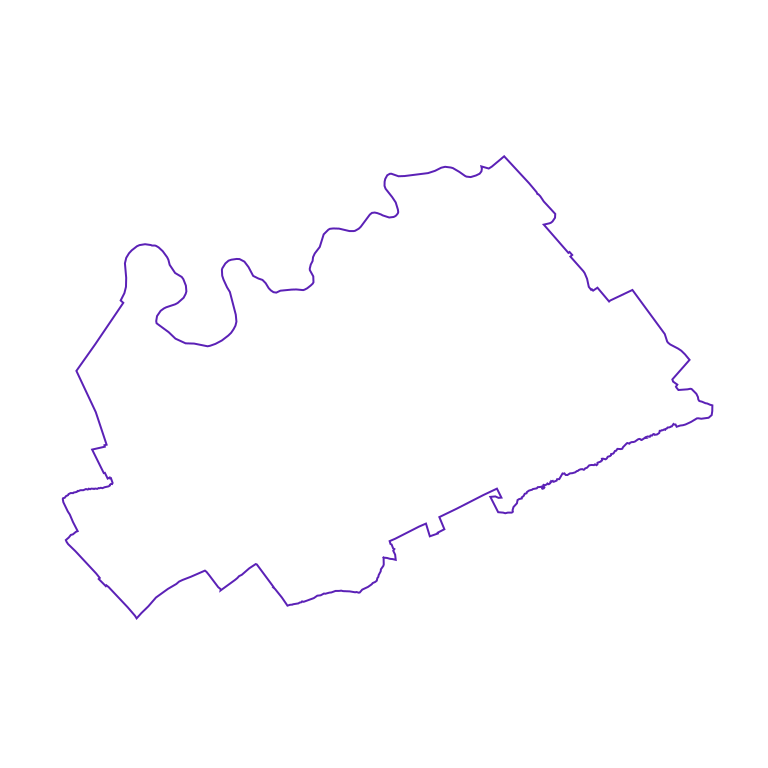 Stefanesti, Botosani, Romania, rotated 267°
{"feature_id": "2599482B72313554695447", "entity_name": "Stefanesti", "entity_type": "district", "adm_level": 2, "iso_a3": "ROU", "parent_name": "Romania", "parent_adm1": "Botosani", "projection": "orthographic", "projection_center": [27.182, 47.784], "detail": "fine", "context": "isolated", "style": "outline", "palette": "violet", "viewbox_px": 768, "rotation_deg": 267, "n_neighbors": 0, "source": "geoboundaries", "source_scale": "gbopen_adm2", "svg_char_len": 6114}
<svg xmlns="http://www.w3.org/2000/svg" viewBox="0 0 768 768"><g transform="rotate(267 384 384)"><path d="M596.2,492.6L593.8,493.0L591.2,492.4L589.0,490.5L587.4,486.7L586.1,481.4L586.8,477.2L587.5,475.9L591.9,470.3L596.0,464.1L596.7,462.0L597.7,456.4L597.0,452.5L594.2,446.1L592.3,439.0L590.6,415.4L590.7,409.4L593.6,402.3L593.6,400.8L592.3,398.2L588.8,396.0L586.0,395.2L581.8,394.9L578.9,395.8L570.3,401.9L564.7,405.2L557.5,407.0L554.9,407.2L553.6,406.7L551.6,404.9L550.8,403.6L550.3,402.3L550.0,397.9L552.5,391.4L553.4,390.0L555.0,386.3L555.7,383.7L555.5,380.9L553.9,378.7L542.2,369.0L540.4,366.9L538.5,363.1L538.3,361.7L538.5,357.6L541.5,347.3L542.0,341.5L541.8,338.1L541.0,336.5L536.6,331.6L524.2,327.0L518.0,321.7L514.4,319.8L510.5,319.1L507.1,317.1L503.1,315.9L501.6,315.9L495.2,319.0L489.3,318.9L488.0,318.1L486.2,316.0L483.6,312.3L482.4,309.7L482.0,308.2L483.0,301.4L483.1,296.8L482.6,285.4L480.9,281.2L481.5,278.4L483.4,275.9L485.7,273.9L490.9,271.1L494.3,268.1L495.9,264.1L498.8,259.0L507.9,254.8L513.5,251.0L516.3,246.3L516.6,243.4L516.1,238.0L515.3,235.2L512.7,231.9L508.0,228.6L506.6,228.1L500.6,228.1L496.6,229.2L488.8,232.3L484.0,234.9L461.0,239.6L454.0,239.9L450.0,238.7L446.5,236.6L443.1,234.0L440.5,231.0L435.9,224.3L432.9,217.8L431.3,212.4L430.9,209.8L434.3,196.5L435.0,188.0L440.2,178.1L447.0,171.7L456.5,160.1L458.7,159.8L463.7,160.9L468.8,164.8L471.0,168.2L472.0,170.5L474.5,179.6L475.7,182.2L480.6,188.4L484.3,190.6L486.8,191.5L492.6,191.3L499.2,189.1L501.5,187.6L505.8,181.2L514.2,176.2L519.3,175.2L521.9,174.1L528.2,170.0L532.2,166.1L533.8,163.7L534.3,162.4L534.4,159.6L535.0,158.4L536.1,152.7L535.5,147.1L534.5,144.5L530.7,139.1L527.9,136.2L523.5,133.2L518.1,131.6L503.5,132.1L494.5,131.4L488.3,129.5L481.2,125.4L478.7,127.9L438.8,97.7L413.2,77.5L371.0,94.7L337.9,103.8L337.5,101.6L336.0,101.9L333.8,89.1L309.7,99.5L309.9,100.6L304.0,103.1L305.0,105.2L304.0,105.6L304.2,106.4L299.4,107.8L298.3,107.2L298.5,106.2L297.7,105.0L297.0,105.0L296.2,103.6L295.5,99.5L294.7,97.3L295.2,95.8L294.8,94.6L295.0,93.5L294.3,92.3L294.7,90.0L294.3,88.9L294.6,88.4L294.8,86.1L294.3,85.0L294.9,83.7L294.1,82.7L294.7,80.9L293.7,78.2L293.8,75.2L293.0,73.0L293.2,72.4L292.3,71.5L291.8,68.3L291.3,67.8L291.5,65.4L290.5,63.2L289.5,62.6L288.7,60.6L287.1,59.2L286.7,57.5L286.0,57.2L282.7,57.6L273.2,61.6L270.1,63.4L262.4,66.2L253.1,70.4L252.5,68.6L250.1,65.4L249.7,63.4L247.2,61.2L244.8,58.1L242.9,58.8L240.6,60.2L233.4,66.9L209.9,86.6L205.2,90.0L204.2,88.9L196.7,95.6L197.5,96.2L195.7,98.3L174.5,116.3L165.6,123.2L162.9,124.7L168.0,129.8L174.3,137.0L182.7,145.1L190.7,157.5L195.2,166.2L197.4,169.0L198.9,172.7L201.6,181.0L207.0,195.4L205.7,196.9L202.1,199.5L189.8,207.8L188.0,209.8L187.2,210.2L186.4,210.0L196.2,225.1L197.9,227.4L199.7,229.2L200.9,232.0L207.0,239.8L210.9,246.5L210.4,247.6L189.6,261.4L186.8,263.2L186.6,262.8L185.1,264.4L176.2,270.8L167.7,276.0L168.4,278.5L168.5,281.2L168.8,281.6L169.4,287.1L170.1,288.2L170.4,290.2L171.2,290.8L170.7,292.4L173.9,302.8L176.1,306.3L176.3,309.7L177.9,313.1L177.6,314.4L178.5,318.5L178.6,320.5L179.9,324.8L179.7,329.1L179.9,330.3L179.3,332.3L178.7,338.9L177.5,344.3L177.7,345.6L176.9,348.0L177.1,348.9L179.8,351.5L182.2,357.4L184.6,361.2L185.8,362.3L186.8,364.9L188.0,366.5L190.5,367.2L191.6,368.2L193.5,368.7L197.1,370.9L199.1,371.2L202.4,373.8L203.8,374.3L210.3,374.5L211.4,373.8L210.6,374.8L210.1,378.0L209.1,380.8L208.7,383.5L207.8,386.5L213.0,386.2L217.0,384.5L218.6,385.7L219.4,384.5L223.3,383.2L223.9,382.1L226.8,381.4L228.9,387.1L239.8,411.6L242.4,418.6L229.5,421.8L231.9,430.0L232.7,429.8L235.8,436.7L248.2,432.3L255.6,449.9L267.9,477.4L273.6,491.3L264.4,495.3L264.3,492.4L265.9,489.3L265.7,484.3L250.0,491.3L249.3,496.3L248.6,498.3L249.1,501.0L248.9,504.9L249.7,506.0L251.3,505.8L254.4,506.9L257.9,510.5L261.1,511.3L262.0,512.9L262.5,515.6L263.6,515.7L264.8,517.5L267.0,518.8L267.4,520.6L268.7,521.2L270.0,523.3L270.7,526.4L271.3,527.2L271.8,531.1L272.9,532.1L273.0,534.8L273.5,536.8L271.4,536.4L271.1,536.7L271.4,538.0L272.2,538.7L273.4,537.8L274.8,537.9L275.0,538.2L274.4,539.4L275.3,541.4L276.1,542.0L275.3,543.3L276.2,544.8L277.2,544.9L277.4,545.7L278.3,545.9L278.0,546.6L278.4,547.5L277.5,548.0L277.5,548.5L278.5,551.3L279.9,551.9L279.8,554.0L285.3,557.6L285.0,558.3L285.3,559.5L283.7,560.6L283.5,562.4L285.0,565.0L285.1,567.5L285.8,570.4L286.9,571.9L287.0,572.9L287.9,574.1L288.5,575.7L288.6,577.6L287.9,578.9L288.0,579.4L289.2,580.5L289.8,582.4L292.0,584.6L292.3,586.9L292.0,589.5L292.7,590.5L291.8,591.9L292.5,592.9L294.2,593.1L295.2,596.4L295.9,596.9L296.1,597.6L296.6,597.9L297.9,597.7L298.0,598.7L297.2,601.4L298.0,602.6L299.6,603.6L300.2,605.9L301.0,607.0L302.1,607.1L302.5,609.2L303.0,609.8L305.0,611.1L305.2,612.3L307.0,613.7L306.6,617.2L306.9,618.6L308.3,619.3L312.1,623.4L312.3,623.9L311.6,626.0L312.4,626.6L313.0,628.2L313.0,630.1L313.4,631.6L315.4,634.7L315.8,636.0L315.4,637.3L314.8,637.7L314.6,638.4L316.3,641.3L316.4,642.5L316.8,641.9L317.2,642.5L317.8,644.6L317.4,646.7L318.5,647.3L318.7,648.0L318.4,648.8L319.9,650.4L319.8,651.1L319.1,651.6L319.3,654.0L320.7,656.3L322.8,656.9L322.8,658.0L323.3,659.0L323.2,659.8L323.9,661.3L323.6,662.4L324.3,662.6L324.7,664.0L325.7,664.9L325.7,666.3L326.1,667.8L326.5,668.2L326.6,669.2L328.9,671.0L328.3,671.7L328.3,673.0L326.0,674.0L327.0,677.6L327.2,680.4L327.8,683.0L330.0,688.5L333.3,694.7L333.3,696.2L332.7,699.0L333.3,706.4L335.8,709.6L339.8,710.4L345.5,710.8L346.2,708.6L347.6,705.8L348.0,704.0L349.7,700.6L350.5,698.0L352.0,697.1L354.6,696.8L357.9,695.4L362.9,690.9L363.2,689.6L362.8,687.0L362.6,677.7L364.9,676.0L366.0,675.4L368.0,676.9L371.3,672.8L373.5,672.2L392.1,690.4L397.9,686.1L401.7,682.6L404.0,679.5L408.5,671.9L410.3,669.9L411.6,669.0L419.2,667.0L464.9,637.0L455.5,614.2L454.6,613.1L469.0,602.2L466.3,597.7L467.7,596.5L467.2,595.8L470.3,593.6L478.4,592.3L484.2,590.2L486.2,589.0L501.5,576.8L503.0,578.7L506.1,576.2L505.3,575.0L534.8,551.9L535.8,557.6L536.3,559.1L537.5,560.8L541.1,563.5L544.9,563.9L557.9,553.1L563.3,549.9L565.5,548.0L565.6,547.2L567.6,546.4L576.9,539.4L605.1,515.9L595.4,503.0L593.7,499.9L596.2,492.6Z" fill="none" stroke="#5b21b6" stroke-width="2"/></g></svg>